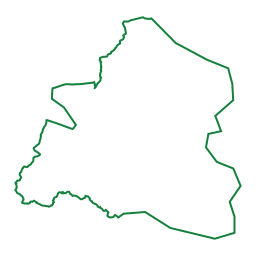 the district of Kara-Buura, Talas, Kyrgyzstan
{"feature_id": "92254566B426760339641", "entity_name": "Kara-Buura", "entity_type": "district", "adm_level": 2, "iso_a3": "KGZ", "parent_name": "Kyrgyzstan", "parent_adm1": "Talas", "projection": "equal_earth", "projection_center": [71.131, 42.476], "detail": "fine", "context": "isolated", "style": "outline", "palette": "green", "viewbox_px": 256, "rotation_deg": 0, "n_neighbors": 0, "source": "geoboundaries", "source_scale": "gbopen_adm2", "svg_char_len": 5356}
<svg xmlns="http://www.w3.org/2000/svg" viewBox="0 0 256 256"><path d="M228.2,68.3L207.1,59.8L175.7,43.0L151.4,18.4L150.4,18.8L149.9,18.8L149.4,18.7L148.4,18.9L146.7,18.7L145.6,18.6L144.0,18.0L143.0,17.3L142.7,17.3L130.8,20.3L129.9,20.7L128.3,21.5L126.7,21.5L125.8,21.5L125.3,21.5L124.4,21.5L124.2,21.4L122.8,23.3L123.3,24.5L123.6,25.2L123.7,25.5L123.8,25.9L123.8,26.1L124.0,26.2L124.2,26.4L124.4,26.6L124.5,26.9L124.7,27.2L124.8,27.6L124.9,27.8L125.0,28.2L125.1,28.7L125.1,28.8L125.3,29.4L125.4,29.8L125.4,30.0L125.4,30.5L125.4,30.9L125.6,31.4L125.7,31.9L125.9,32.5L125.8,33.0L125.9,33.6L125.3,33.9L124.7,34.3L124.2,34.5L123.7,35.0L123.2,35.5L123.3,35.8L123.4,36.0L123.7,36.3L123.8,36.7L124.0,37.1L124.0,37.4L123.6,38.1L123.5,38.3L123.4,38.5L123.3,38.9L123.1,39.2L123.0,39.3L122.1,39.8L121.2,40.2L120.1,40.7L120.0,41.5L119.9,42.2L120.1,43.5L119.5,43.8L118.9,44.3L117.7,45.0L117.4,45.2L117.0,45.6L116.9,46.0L116.7,46.4L116.3,47.2L115.9,47.6L115.7,47.7L115.4,47.9L115.3,48.0L115.1,48.5L114.7,49.3L114.1,49.7L113.9,49.9L113.6,50.4L112.2,51.3L111.4,51.7L111.1,52.0L111.1,53.1L110.9,53.3L110.5,53.6L110.4,53.7L110.2,53.7L109.9,53.7L109.7,53.8L109.2,53.9L108.9,54.1L108.6,54.2L108.3,54.3L107.8,54.7L107.2,56.3L106.4,56.7L105.3,56.7L103.0,56.8L100.0,58.0L100.0,58.5L100.1,58.9L100.2,59.1L100.0,59.3L99.9,59.4L99.7,59.6L99.7,60.0L99.8,60.4L99.9,60.5L100.2,60.8L100.3,61.2L100.5,61.2L100.7,61.4L101.0,61.7L101.0,61.9L100.9,62.1L101.0,62.4L100.9,62.5L100.9,62.8L100.7,63.0L100.8,64.0L101.2,65.7L101.0,66.6L101.3,67.1L101.1,67.4L101.2,68.4L100.9,69.9L101.0,70.0L101.0,70.3L100.8,70.5L101.0,70.8L101.2,71.2L100.2,73.4L100.4,74.2L99.9,75.4L100.1,75.7L100.3,76.3L100.2,76.9L100.5,77.3L101.0,77.5L101.1,77.9L100.6,78.5L100.4,80.4L99.6,81.3L99.3,82.0L98.6,82.5L98.1,83.2L97.6,83.3L97.0,84.6L96.7,84.9L96.6,85.4L96.5,85.5L96.3,85.7L96.0,86.2L95.9,86.6L95.6,86.8L95.5,87.1L95.2,87.2L95.1,87.4L95.1,87.7L94.9,87.8L95.2,86.4L94.7,84.9L94.8,84.4L94.8,84.0L94.6,83.3L94.3,82.6L94.2,82.2L93.8,82.3L93.1,82.6L91.2,82.8L89.6,83.1L86.2,83.4L83.6,83.8L79.3,84.2L75.8,84.2L75.1,84.3L73.2,84.5L67.3,84.2L66.0,84.2L63.3,84.8L62.6,85.1L59.9,86.0L56.6,87.1L55.8,87.4L55.1,87.7L52.8,88.2L52.6,88.4L52.4,89.2L52.1,94.0L52.0,96.2L51.9,96.8L51.9,97.9L52.0,98.8L54.2,100.4L55.9,101.7L59.9,104.5L63.8,107.3L75.9,124.9L73.7,127.9L72.8,128.9L72.5,129.0L72.3,129.0L55.0,122.7L46.9,120.1L46.5,120.2L46.2,123.7L45.8,124.5L45.3,125.7L44.6,126.3L44.1,127.0L43.8,127.7L43.7,128.2L42.8,129.4L42.8,130.6L42.4,132.0L42.1,132.4L42.0,132.9L41.6,133.4L41.5,133.6L41.0,134.2L40.8,134.5L40.7,135.3L41.0,135.7L41.0,136.2L40.7,136.8L40.6,138.5L39.7,140.8L39.8,141.4L39.3,143.1L38.7,144.0L37.6,144.9L34.8,147.1L34.0,147.6L33.7,148.3L33.8,148.8L34.2,149.6L34.6,150.5L37.3,152.1L39.8,153.9L39.9,154.6L39.6,155.1L37.2,156.4L35.0,156.6L33.7,157.6L33.4,158.2L33.4,160.5L33.0,161.5L31.6,163.0L30.9,164.2L30.4,164.7L29.5,165.1L28.7,165.6L27.5,166.8L26.7,167.1L24.2,166.5L23.2,167.5L23.2,167.8L22.7,168.3L21.9,169.7L21.4,170.9L21.3,171.8L20.0,172.9L19.7,174.8L21.2,177.5L20.2,179.0L19.7,180.3L18.9,180.6L18.2,180.5L17.3,180.7L15.5,182.9L16.4,183.5L16.1,184.6L16.7,186.4L16.5,188.2L16.0,189.2L15.4,189.7L15.4,190.1L16.3,191.3L17.2,193.0L20.0,194.3L20.4,194.9L22.5,196.6L22.8,197.8L23.3,198.3L23.5,199.7L22.2,201.9L22.3,203.0L25.7,203.6L27.1,203.4L28.1,203.7L29.6,203.2L30.3,201.9L30.9,201.5L32.4,201.8L32.8,201.6L33.5,200.9L33.8,200.7L35.8,201.9L36.5,202.9L37.1,202.6L38.5,203.8L39.8,204.2L40.5,204.7L41.8,205.4L42.9,205.7L44.4,205.7L44.8,205.7L45.4,205.9L46.7,206.2L47.7,206.1L48.7,206.7L50.0,206.3L50.8,205.5L51.7,205.6L52.0,205.5L52.3,204.9L53.0,204.1L53.0,203.5L53.1,202.6L53.8,202.4L54.0,202.2L53.9,201.9L53.8,201.7L53.4,201.1L53.0,200.6L53.0,200.3L53.3,200.2L53.7,199.8L53.9,199.4L54.0,198.5L54.2,197.9L54.4,197.6L54.6,197.6L55.5,197.3L56.6,196.8L57.0,196.3L57.5,194.8L57.8,193.9L58.6,192.7L58.9,192.5L59.5,192.3L60.7,192.4L61.5,193.0L61.9,192.7L62.4,192.1L62.7,192.0L62.8,192.7L62.5,193.0L62.4,193.2L62.6,193.4L63.0,193.4L63.5,193.3L64.1,193.0L65.1,193.3L65.8,193.1L66.4,192.5L66.6,192.4L67.6,191.7L69.1,191.8L69.5,192.5L69.8,193.3L70.2,193.8L70.4,194.1L70.9,194.1L71.4,194.5L72.0,195.3L72.4,195.8L72.5,195.9L72.9,195.8L73.5,195.6L73.9,195.6L75.9,195.9L76.7,196.2L77.6,196.7L78.3,197.3L79.5,198.1L79.9,198.7L80.7,199.2L81.3,199.2L81.7,199.2L82.4,199.0L83.7,198.1L84.2,197.9L84.7,197.9L85.2,197.5L85.5,195.9L86.8,196.3L87.0,196.3L87.9,196.3L88.6,197.1L89.1,197.6L89.8,198.2L89.7,198.8L89.7,199.5L89.8,199.7L90.5,200.3L90.9,200.8L91.3,201.1L91.5,201.2L91.8,201.2L92.2,202.1L92.6,202.5L92.8,202.8L93.4,203.2L94.0,203.3L94.9,203.8L96.6,204.6L97.2,205.6L97.4,205.8L97.7,206.0L97.8,206.3L98.2,206.9L98.4,207.0L98.9,207.3L99.5,207.3L99.8,207.3L100.1,207.1L100.4,207.8L100.9,208.2L101.7,208.5L102.2,209.2L102.4,209.4L103.2,210.5L103.6,210.8L104.1,211.0L104.9,210.7L105.8,209.9L106.0,210.0L106.7,210.9L108.4,212.3L108.0,213.1L107.8,213.9L107.6,215.0L107.4,215.6L107.6,216.2L107.9,216.3L108.5,216.8L109.2,217.1L109.8,217.4L110.0,217.4L110.6,217.4L111.9,217.3L112.6,217.2L113.3,217.0L113.9,216.4L114.0,216.3L114.3,215.8L115.0,215.0L115.7,215.5L116.4,215.7L118.2,217.5L123.6,213.7L145.1,212.0L170.4,228.0L214.8,238.7L234.5,232.8L234.5,216.6L229.7,201.8L240.6,185.9L233.3,168.5L216.8,161.9L206.0,147.4L208.4,133.9L221.1,131.2L215.3,115.9L233.2,100.2L232.3,83.9L228.2,68.3Z" fill="none" stroke="#15803d" stroke-width="2"/></svg>